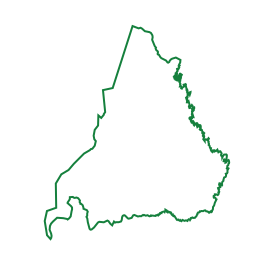 Mateiros, Tocantins, Brazil, rotated 172°
{"feature_id": "56859067B75017008112328", "entity_name": "Mateiros", "entity_type": "district", "adm_level": 2, "iso_a3": "BRA", "parent_name": "Brazil", "parent_adm1": "Tocantins", "projection": "equal_earth", "projection_center": [-46.657, -10.707], "detail": "fine", "context": "isolated", "style": "outline", "palette": "green", "viewbox_px": 256, "rotation_deg": 172, "n_neighbors": 0, "source": "geoboundaries", "source_scale": "gbopen_adm2", "svg_char_len": 5538}
<svg xmlns="http://www.w3.org/2000/svg" viewBox="0 0 256 256"><g transform="rotate(172 128 128)"><path d="M90.1,205.3L91.8,212.0L91.0,214.3L90.9,215.7L91.1,216.8L92.1,219.0L93.5,220.0L97.8,221.5L100.2,224.4L101.6,225.5L103.6,225.2L109.3,228.3L137.6,169.7L147.5,169.0L148.4,146.9L150.0,145.2L150.1,144.5L153.1,141.7L155.6,144.6L157.3,134.6L161.2,130.8L163.1,125.1L162.9,121.5L161.7,119.5L163.4,115.1L166.2,112.4L167.7,112.3L168.8,111.4L175.1,108.8L186.6,100.1L192.7,94.7L200.5,91.4L207.2,83.1L210.2,59.0L219.8,57.1L223.4,47.5L223.1,33.1L220.2,28.8L219.3,29.9L218.7,31.8L218.8,34.1L219.8,38.1L218.9,41.8L217.5,44.0L215.2,45.9L210.7,49.0L204.6,47.7L201.0,46.4L200.5,45.8L198.9,46.7L197.1,48.4L195.4,53.6L194.7,55.2L194.5,57.1L195.3,58.6L198.3,62.1L198.1,62.7L195.6,65.5L195.2,67.6L192.2,67.4L191.6,66.7L190.6,66.2L188.6,66.3L187.1,65.4L185.7,62.9L186.2,61.4L185.7,60.4L185.7,59.5L184.8,59.3L183.6,57.8L183.2,55.2L183.3,54.2L180.2,52.4L179.5,50.7L180.3,49.1L180.6,46.8L181.5,45.8L180.9,44.1L180.9,40.2L180.1,33.6L179.5,32.7L179.1,32.5L178.1,32.6L175.5,34.2L170.9,38.6L169.5,39.1L165.1,38.0L161.3,39.2L160.3,38.5L158.8,35.6L157.2,33.8L154.9,37.3L154.0,36.1L153.0,36.4L150.3,36.0L147.9,36.4L147.0,37.8L146.2,40.6L145.4,41.8L144.0,42.2L143.1,41.7L140.7,38.5L139.9,38.1L136.9,38.5L135.0,40.8L133.8,41.0L130.5,39.0L128.6,39.1L127.3,38.8L125.2,39.8L124.7,39.4L124.1,39.6L122.6,38.7L120.8,38.9L119.1,37.6L117.4,37.7L117.3,38.2L113.0,37.1L112.2,37.8L111.5,37.4L110.3,38.1L110.0,37.5L109.5,38.1L109.0,37.9L108.1,38.6L108.1,39.3L107.4,39.5L106.6,39.1L106.2,39.9L104.5,40.3L103.8,40.2L103.4,39.6L102.4,41.2L102.3,41.9L101.1,40.9L101.0,39.3L100.6,39.0L100.2,40.0L98.9,39.2L98.7,38.7L98.2,38.9L97.3,38.5L97.1,38.0L97.5,37.9L96.7,36.0L95.6,36.1L95.6,34.7L95.2,34.3L94.3,34.5L92.4,30.3L90.9,30.3L90.9,29.7L90.1,29.5L89.6,29.0L89.1,29.4L88.9,28.9L88.0,28.3L86.9,29.4L85.0,28.2L83.4,28.5L82.1,27.7L81.7,28.4L80.5,29.2L79.7,28.9L79.4,28.2L78.4,29.4L78.3,30.1L76.5,30.4L76.2,29.9L74.3,29.7L73.7,30.4L72.7,30.9L71.9,32.3L71.3,32.7L71.2,33.7L70.2,34.6L69.7,34.4L68.8,34.7L68.4,35.5L67.7,35.3L66.9,35.6L65.2,35.2L63.9,35.7L62.8,35.6L62.2,34.6L60.8,34.3L60.6,33.9L59.5,33.4L59.4,32.8L58.9,32.9L57.9,33.9L57.1,33.1L56.5,33.5L56.3,34.6L55.5,35.2L55.2,35.9L54.8,37.9L53.5,39.3L52.4,41.9L50.3,45.0L50.9,45.4L51.1,46.5L51.7,47.0L52.7,47.1L52.8,47.8L52.6,48.8L51.3,49.3L51.2,50.2L49.9,50.0L48.5,49.1L47.8,49.6L47.4,50.2L47.5,51.6L46.8,51.6L46.5,52.2L47.1,55.3L46.6,55.2L46.9,56.1L45.0,56.5L45.7,59.2L45.2,60.5L44.7,60.5L43.5,58.0L43.1,57.9L42.7,58.4L42.8,59.5L42.1,61.5L40.8,62.5L40.8,63.2L39.7,65.6L38.2,66.0L37.8,66.5L37.3,68.1L37.5,69.1L36.2,69.4L35.7,70.1L35.4,72.2L34.1,74.0L34.5,74.3L35.5,73.7L35.8,74.3L35.1,75.1L35.0,76.5L33.9,77.3L33.5,78.6L32.9,79.0L32.6,79.8L32.6,81.4L32.9,82.3L34.1,81.9L35.5,80.3L36.3,80.1L36.0,81.3L37.9,81.8L37.3,83.5L36.7,83.5L36.0,82.6L35.0,82.8L34.0,86.5L33.9,87.4L34.3,88.1L36.6,88.3L37.6,87.4L38.8,85.6L38.7,87.2L39.4,87.4L39.7,88.3L38.8,89.9L39.8,92.1L41.1,92.2L41.5,91.4L41.9,91.3L42.5,94.1L43.0,93.7L43.1,93.2L43.5,93.4L44.2,92.8L44.6,92.9L45.4,93.9L46.7,94.0L46.5,92.9L47.2,93.2L47.7,92.4L48.5,93.2L49.1,95.0L48.6,96.5L49.6,97.0L49.7,99.1L50.5,100.0L50.1,100.5L50.0,101.4L50.4,102.2L50.0,103.2L50.5,104.1L50.2,105.1L49.4,106.2L49.7,106.7L50.7,105.5L51.3,105.7L51.6,105.3L52.9,106.0L53.8,105.5L53.9,104.4L55.0,106.4L54.0,108.2L53.7,109.2L53.9,109.9L54.7,109.3L55.0,109.8L53.2,112.3L53.6,112.8L54.6,111.6L55.2,112.6L54.9,114.2L55.1,115.8L55.5,116.1L56.6,115.9L57.0,116.5L56.5,116.8L56.6,118.2L56.0,117.8L55.7,119.8L56.0,120.7L56.7,120.9L56.8,120.1L57.5,120.2L59.2,119.2L59.4,120.4L58.7,121.2L58.5,122.4L58.8,123.1L59.3,123.2L59.6,121.8L61.0,123.1L61.0,122.0L61.6,122.1L62.1,121.4L62.4,121.9L62.2,122.8L62.4,123.7L62.0,124.6L62.3,125.3L63.0,124.6L63.1,125.7L63.5,126.0L63.7,125.1L64.3,124.7L64.8,126.3L64.7,127.3L65.8,128.6L65.8,129.3L65.0,129.9L64.1,128.6L63.7,129.8L63.3,130.2L62.8,129.4L62.5,130.1L61.7,129.8L62.1,132.3L62.8,132.1L62.9,132.8L62.3,134.1L62.4,135.3L62.0,136.4L61.3,135.7L60.4,136.4L60.2,137.5L59.6,138.5L59.6,139.3L60.4,139.3L61.4,137.4L61.9,137.5L62.0,138.1L61.1,138.9L61.0,139.6L61.1,141.8L61.3,141.3L61.6,141.9L62.8,140.7L63.2,141.2L63.9,139.2L64.4,139.2L64.7,140.9L63.8,142.4L64.3,146.2L65.7,145.1L66.1,145.2L65.7,146.5L66.3,149.9L65.9,150.2L65.4,149.1L65.3,149.9L64.8,150.0L64.5,151.8L64.2,151.9L64.3,153.2L62.5,153.6L62.2,152.3L61.3,154.1L61.1,154.9L63.1,154.4L64.3,154.8L64.6,155.5L63.9,156.4L64.0,157.4L64.4,157.2L64.8,157.5L64.6,158.6L64.9,162.0L64.6,163.1L65.0,163.4L65.6,162.5L66.4,163.2L66.9,163.1L66.8,162.3L66.3,161.5L68.6,160.4L69.2,159.5L69.8,159.9L69.4,161.0L69.6,161.8L70.8,161.9L70.1,163.4L70.4,164.1L70.0,164.7L70.8,166.6L70.9,167.5L70.4,167.9L70.4,168.6L70.0,169.0L69.5,168.2L69.1,169.5L68.5,170.3L68.5,171.4L69.1,171.1L69.1,172.3L68.6,172.8L67.8,172.5L67.3,173.2L68.6,174.5L69.1,174.5L69.3,173.6L69.8,173.6L70.5,172.5L70.4,171.7L70.8,170.9L70.7,170.0L72.7,168.2L74.2,169.3L73.0,170.5L73.4,170.9L74.1,170.5L75.1,170.7L75.0,171.5L75.5,172.3L74.7,173.1L73.8,172.2L73.8,172.8L73.3,173.0L72.4,172.3L72.3,172.8L73.0,173.6L73.4,174.8L73.2,175.4L72.7,175.1L72.1,174.3L71.9,174.9L72.0,176.5L71.8,177.0L71.1,177.3L71.0,177.9L71.2,179.7L70.7,179.9L69.9,179.3L68.8,180.8L69.2,182.3L68.2,182.7L68.6,183.6L67.2,185.6L66.6,188.1L70.8,191.1L74.6,190.5L76.0,189.9L77.3,188.8L78.0,187.6L79.2,187.1L79.8,187.5L80.9,189.5L85.2,192.5L86.0,193.5L87.2,196.3L87.9,196.5L88.3,196.9L88.3,197.5L87.7,199.1L88.1,200.1L89.1,201.1L89.6,202.9L89.1,203.7L90.1,205.3Z" fill="none" stroke="#15803d" stroke-width="2"/></g></svg>